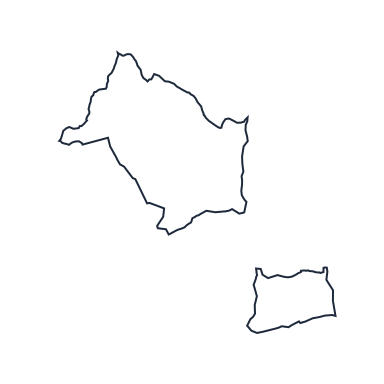 Lavun, Niger, Nigeria, rotated 350°
{"feature_id": "59680162B89203090045374", "entity_name": "Lavun", "entity_type": "district", "adm_level": 2, "iso_a3": "NGA", "parent_name": "Nigeria", "parent_adm1": "Niger", "projection": "natural_earth1", "projection_center": [5.651, 9.275], "detail": "fine", "context": "isolated", "style": "outline", "palette": "slate", "viewbox_px": 384, "rotation_deg": 350, "n_neighbors": 0, "source": "geoboundaries", "source_scale": "gbopen_adm2", "svg_char_len": 3314}
<svg xmlns="http://www.w3.org/2000/svg" viewBox="0 0 384 384"><g transform="rotate(350 192 192)"><path d="M161.7,229.8L163.2,229.4L166.7,228.2L171.0,226.8L176.0,226.1L178.5,225.5L180.7,224.0L183.5,222.6L185.2,222.1L185.4,222.0L185.8,221.6L186.2,221.2L187.8,217.9L190.8,217.0L192.3,216.2L193.7,216.1L194.4,216.1L196.1,215.3L202.8,213.0L203.5,213.2L211.5,216.0L220.3,216.7L221.0,216.9L225.2,216.8L227.9,216.0L228.5,215.8L234.8,221.5L239.0,221.3L239.9,221.1L243.9,211.2L242.7,209.4L241.6,206.9L240.5,203.6L240.8,199.2L242.6,193.3L243.4,188.9L243.6,185.0L246.1,180.9L246.5,172.9L247.5,165.6L250.8,156.0L255.7,151.6L255.9,147.2L255.4,140.4L256.6,135.2L258.7,132.0L259.7,128.2L257.1,130.0L255.3,131.9L254.5,131.8L252.3,132.2L248.3,131.6L245.9,129.6L241.8,126.5L240.7,126.0L237.5,126.1L234.8,128.9L233.3,131.0L232.1,133.8L230.3,133.7L227.8,131.7L220.9,124.8L218.5,121.3L217.7,119.0L217.1,118.6L216.9,118.0L217.1,117.3L216.2,113.1L215.9,109.4L213.1,104.5L211.7,100.2L210.2,97.6L207.3,95.2L206.8,93.9L206.5,93.6L205.7,93.4L204.9,93.3L200.4,89.7L195.2,85.3L193.2,82.4L188.5,79.4L184.5,78.2L179.7,71.8L175.2,69.3L172.8,72.4L171.5,74.0L170.1,73.7L169.2,73.9L168.4,74.7L167.4,75.4L166.4,73.9L163.9,71.3L162.9,68.3L162.7,66.3L162.7,64.0L162.5,62.2L161.6,60.9L160.8,59.0L160.6,58.7L160.4,58.5L160.4,58.1L160.2,57.8L160.1,56.4L159.6,53.6L158.3,51.2L157.6,49.2L156.1,46.6L155.3,45.7L152.5,45.0L149.9,45.4L148.6,45.9L147.3,45.7L146.1,44.6L144.9,43.6L144.0,43.1L143.0,41.9L143.0,42.6L143.3,43.8L143.0,44.9L142.0,46.5L141.2,47.5L140.8,48.4L139.7,51.2L138.5,53.3L137.6,54.3L137.0,55.9L136.3,57.0L135.6,57.9L134.5,59.4L133.7,60.5L132.9,61.1L130.9,62.3L129.4,63.6L128.8,65.8L128.7,68.2L127.0,70.7L126.2,73.8L125.1,75.3L118.4,75.0L115.9,76.1L114.6,76.8L113.2,76.6L112.0,78.4L111.6,79.6L109.7,80.6L108.6,82.9L108.0,85.3L106.4,88.0L105.3,90.8L104.5,92.3L104.9,95.1L104.4,97.0L102.9,98.4L101.3,100.4L100.5,102.2L101.0,103.4L100.2,103.8L97.8,105.9L94.6,107.9L92.9,107.6L91.5,109.4L86.3,109.2L82.5,106.7L79.6,107.3L75.9,109.4L73.9,113.5L72.1,116.9L70.2,118.6L71.5,119.1L72.4,120.8L74.6,122.1L76.8,122.9L79.1,124.2L80.4,123.4L82.5,122.5L84.6,122.1L87.3,122.1L89.5,122.5L92.0,124.7L92.5,126.3L118.7,124.0L119.3,132.9L123.8,145.9L123.8,146.6L125.9,152.3L129.5,155.2L136.1,168.1L138.4,169.4L145.8,195.4L148.3,195.4L161.7,203.3L159.3,211.4L151.8,219.3L152.0,221.7L159.9,224.2L161.7,229.8ZM311.8,338.9L311.9,323.5L313.8,313.3L309.1,301.8L311.5,293.9L311.6,289.9L309.6,289.4L309.0,289.4L308.4,289.5L307.5,293.7L306.3,293.8L304.7,294.0L304.2,294.0L303.7,293.4L302.1,293.1L301.1,292.9L299.9,292.4L299.3,292.3L298.5,291.9L298.3,291.5L296.5,290.9L294.5,290.4L293.6,290.1L292.8,289.4L292.1,289.3L290.9,289.4L290.6,289.4L289.8,289.0L289.2,288.8L287.3,288.6L286.5,288.6L285.7,288.5L285.4,289.7L284.0,290.1L282.2,290.5L279.9,291.5L275.8,292.7L271.6,292.7L267.4,291.3L261.8,288.7L251.9,290.0L247.1,285.7L246.3,279.7L241.8,278.5L241.7,281.8L241.5,283.3L241.7,285.1L240.4,286.9L239.7,288.8L237.8,292.0L236.6,294.0L237.8,305.8L235.4,311.4L234.2,314.0L232.9,322.8L230.4,325.6L227.4,327.4L223.1,333.2L226.4,338.9L231.5,342.1L238.4,341.9L247.7,341.2L248.3,341.2L253.6,340.7L257.1,339.8L263.6,341.9L267.4,340.3L274.9,338.0L275.9,339.8L281.0,339.3L289.0,337.3L295.1,337.3L301.5,336.8L308.7,337.5L311.8,338.9Z" fill="none" stroke="#1e293b" stroke-width="2"/></g></svg>